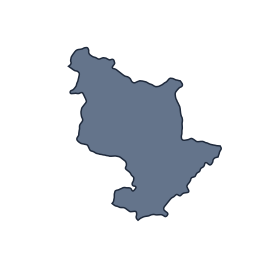 Padre Las Casas, Azua, Dominican Republic (Mercator projection), rotated 308°
{"feature_id": "3306468B62510937127431", "entity_name": "Padre Las Casas", "entity_type": "district", "adm_level": 2, "iso_a3": "DOM", "parent_name": "Dominican Republic", "parent_adm1": "Azua", "projection": "mercator", "projection_center": [-70.907, 18.827], "detail": "fine", "context": "isolated", "style": "filled", "palette": "slate", "viewbox_px": 256, "rotation_deg": 308, "n_neighbors": 0, "source": "geoboundaries", "source_scale": "gbopen_adm2", "svg_char_len": 5840}
<svg xmlns="http://www.w3.org/2000/svg" viewBox="0 0 256 256"><g transform="rotate(308 128 128)"><path d="M197.3,140.0L196.7,139.0L196.2,137.7L195.3,135.9L194.8,133.6L194.6,132.9L193.5,131.0L193.1,130.6L192.5,130.3L191.8,130.1L189.2,130.0L188.1,129.9L187.4,129.6L185.9,129.0L183.2,128.3L179.9,126.7L179.1,126.0L178.3,125.2L177.6,124.3L177.4,123.6L177.2,122.9L176.9,120.1L176.0,117.6L175.6,114.9L175.4,113.8L173.9,110.5L172.7,108.6L172.3,108.1L171.8,107.8L170.2,106.8L168.2,105.8L167.5,105.2L167.0,104.3L166.9,103.6L166.9,102.5L167.1,101.9L167.8,100.4L168.1,99.8L168.3,98.6L168.3,97.5L168.2,96.7L168.0,95.9L167.2,94.2L166.9,93.1L166.8,91.1L166.8,85.4L166.8,83.0L166.5,81.4L165.8,79.8L165.6,79.2L165.9,78.4L166.5,78.1L167.1,78.0L169.9,77.9L170.6,77.7L170.9,77.6L171.3,77.1L172.4,75.6L172.7,75.0L172.8,74.3L172.7,73.7L172.3,73.1L171.5,72.5L170.5,71.8L170.2,71.3L169.9,70.3L169.6,68.5L169.5,67.7L169.1,66.9L168.1,65.2L167.6,64.8L164.8,63.1L164.4,62.7L164.2,62.4L163.9,61.4L163.6,59.2L162.6,56.7L162.4,55.5L162.3,54.0L162.3,52.8L162.6,51.7L162.9,51.1L163.3,50.6L163.7,50.2L164.9,49.3L165.3,48.9L166.1,47.4L166.2,46.8L166.1,46.2L165.7,45.6L164.7,44.6L163.8,44.0L162.5,43.4L161.9,43.0L161.0,42.3L159.1,40.4L158.5,40.0L157.8,39.6L156.7,39.3L155.2,39.2L152.0,39.3L149.7,39.5L148.8,39.7L146.2,41.0L145.3,41.8L144.4,43.0L144.2,43.2L143.6,43.4L143.0,43.6L142.0,43.6L141.0,43.4L140.0,43.1L140.2,48.3L140.3,49.8L140.5,50.9L141.4,52.7L141.5,53.3L141.6,54.0L141.5,54.7L141.4,55.4L141.0,56.0L140.6,56.4L139.7,57.0L134.1,59.6L131.7,60.2L129.7,61.1L129.0,61.3L127.2,61.4L125.0,61.3L124.0,61.0L122.3,60.1L121.7,60.0L121.1,60.1L120.8,60.2L120.3,60.6L120.1,60.8L120.0,61.4L120.0,61.7L120.1,62.0L120.5,62.5L122.4,64.6L123.2,65.4L123.5,66.0L124.2,67.2L124.6,67.7L125.3,68.3L126.7,69.0L127.1,69.4L127.5,69.8L127.7,70.4L127.7,70.7L127.5,71.2L126.6,73.2L125.7,74.9L125.0,76.4L123.7,78.5L123.2,78.9L122.2,79.2L121.1,79.2L116.6,79.2L115.4,79.3L114.8,79.5L111.8,81.0L110.4,82.2L108.7,84.0L108.1,84.9L107.2,86.6L106.7,87.1L106.2,87.5L105.6,87.8L104.9,87.9L101.7,88.0L101.0,88.1L100.3,88.3L99.4,88.8L97.4,90.4L95.8,91.2L93.4,92.6L92.3,93.4L91.5,93.7L89.2,93.9L88.5,94.1L87.9,94.4L87.4,94.9L87.1,95.4L87.0,95.8L86.8,96.8L86.7,97.9L86.8,99.4L86.9,100.4L87.3,101.4L88.1,102.9L88.6,104.1L89.2,105.2L89.5,106.1L89.5,106.8L89.3,107.4L87.4,111.1L87.1,112.0L87.2,113.0L87.9,114.8L88.1,115.4L88.5,118.6L88.8,119.2L89.5,120.7L90.0,122.0L91.0,123.7L91.5,124.9L92.5,126.6L93.0,127.9L94.0,129.6L94.5,130.9L95.3,132.0L98.0,135.0L98.4,135.6L99.9,138.6L100.2,140.0L100.2,141.9L100.2,145.0L100.2,146.2L100.0,146.9L99.5,147.9L99.1,148.5L98.3,149.2L97.7,149.6L97.1,150.0L95.5,150.3L95.0,150.6L94.5,151.0L94.3,151.6L94.2,152.3L94.2,155.7L94.1,156.9L93.9,157.6L93.3,159.1L93.0,159.7L92.7,162.4L92.5,163.0L92.3,163.2L91.9,163.6L90.0,164.7L89.3,164.9L87.3,165.2L86.4,165.7L86.0,166.2L85.7,166.7L85.6,167.4L85.7,168.0L86.5,169.5L86.5,170.0L86.3,170.6L86.1,170.8L85.5,171.1L84.6,171.2L83.5,171.2L82.5,171.1L81.9,171.0L81.4,170.6L81.2,170.0L81.3,169.4L81.9,168.2L82.0,167.6L82.0,167.0L82.0,166.7L81.5,165.7L80.0,163.7L79.2,162.2L78.8,161.7L78.3,161.2L77.8,160.8L76.3,160.1L74.9,159.3L73.6,158.7L73.1,158.3L71.7,157.2L70.8,156.8L70.5,156.7L70.0,156.8L67.7,157.8L67.1,158.2L64.8,160.0L61.8,161.5L61.2,161.8L60.5,161.9L58.7,161.9L58.7,164.9L59.0,166.3L59.8,168.0L60.3,170.0L60.5,170.7L61.1,171.6L62.4,173.3L62.9,174.3L63.1,175.7L63.2,179.7L63.3,180.8L63.6,181.5L64.0,182.0L66.5,184.6L66.8,185.1L67.0,185.7L66.9,186.1L66.6,186.7L66.0,187.4L64.8,188.3L63.0,189.1L62.3,189.8L61.8,190.7L61.5,192.7L64.5,193.4L67.5,194.9L68.7,195.8L70.7,197.7L71.5,198.4L72.2,198.8L73.7,199.6L74.8,200.5L75.6,201.3L76.0,201.9L76.8,203.5L77.2,204.1L79.5,206.7L80.2,207.6L80.5,208.3L80.7,208.9L80.9,210.9L81.0,211.6L81.3,212.1L81.6,212.3L82.2,212.6L83.1,212.7L84.1,212.6L84.7,212.4L85.1,211.9L85.3,211.5L85.4,210.9L85.4,208.3L85.5,207.2L85.6,206.8L86.0,206.2L86.4,205.8L87.0,205.4L87.7,205.2L88.8,205.1L97.8,205.2L99.7,205.4L101.8,206.3L102.5,206.5L104.5,206.8L105.3,207.1L105.6,207.3L105.9,207.8L106.0,208.4L106.2,209.9L106.4,210.4L106.6,210.7L106.8,210.9L107.4,211.1L109.7,211.4L110.7,211.8L111.6,212.5L113.7,214.5L114.3,214.9L114.6,215.0L114.9,215.1L115.5,214.9L116.1,214.3L116.4,213.8L116.9,212.6L117.8,211.0L118.1,210.5L118.6,210.1L119.3,209.9L120.0,209.8L123.0,209.8L124.5,209.6L125.2,209.5L126.6,208.8L127.6,208.7L128.2,208.8L128.5,209.0L130.4,210.3L131.0,210.6L131.3,210.6L131.8,210.6L133.2,210.2L134.6,210.1L135.6,210.3L137.0,210.9L137.9,211.1L138.9,210.9L140.3,210.4L140.9,210.3L141.8,210.5L143.0,211.0L143.6,211.2L144.6,211.3L145.6,211.1L147.2,210.4L147.8,210.3L148.3,210.4L148.6,210.6L148.9,211.1L149.1,211.8L149.0,213.8L149.1,214.5L149.3,215.2L149.5,215.4L149.8,215.7L150.1,215.8L150.8,216.0L152.3,215.9L153.4,215.7L154.8,214.9L155.4,214.7L156.1,214.6L156.8,214.6L157.5,214.7L158.4,215.1L160.6,216.8L162.1,216.2L163.7,215.7L165.5,214.9L166.2,214.8L168.1,214.5L168.7,214.4L169.3,214.0L169.7,213.6L170.6,211.7L168.7,208.8L168.0,207.3L167.1,205.6L166.5,204.3L165.8,202.9L165.5,201.9L165.1,200.2L164.9,199.5L164.2,198.1L163.8,196.1L163.4,195.1L162.5,193.9L160.5,191.8L160.1,191.3L159.7,190.6L159.5,190.0L159.5,189.2L159.4,186.7L159.2,185.3L159.0,184.7L158.6,184.2L158.1,183.8L156.3,182.9L155.4,182.2L153.3,180.3L152.6,179.4L152.3,178.8L152.2,178.1L152.3,177.4L152.6,176.8L153.0,176.3L154.2,175.2L155.1,174.7L156.6,174.0L159.3,172.0L161.1,171.0L161.9,170.4L164.6,168.0L165.5,167.4L167.0,166.6L167.8,166.0L168.5,165.3L169.4,164.3L170.1,162.8L170.9,161.7L172.1,160.3L175.4,157.1L176.6,155.7L176.9,155.2L177.5,153.9L178.4,152.2L178.9,150.9L179.9,149.2L180.6,147.7L181.7,146.3L183.5,144.5L184.4,143.9L185.0,143.6L186.1,143.4L187.9,143.4L189.8,143.5L190.9,143.6L191.9,143.9L193.5,144.7L194.2,144.8L194.9,144.7L195.7,144.2L196.3,143.4L197.0,141.3L197.3,140.0Z" fill="#64748b" stroke="#1e293b" stroke-width="1.5"/></g></svg>